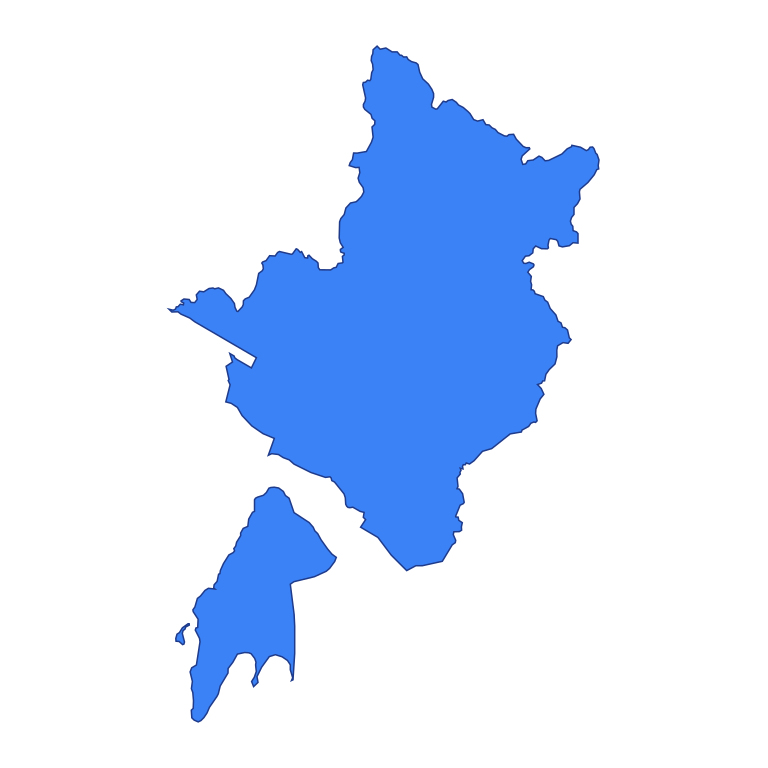 the district of Erakor, Shefa, Vanuatu
{"feature_id": "77236927B27814537301823", "entity_name": "Erakor", "entity_type": "district", "adm_level": 2, "iso_a3": "VUT", "parent_name": "Vanuatu", "parent_adm1": "Shefa", "projection": "robinson", "projection_center": [168.36, -17.71], "detail": "fine", "context": "isolated", "style": "filled", "palette": "blue", "viewbox_px": 768, "rotation_deg": 0, "n_neighbors": 0, "source": "geoboundaries", "source_scale": "gbopen_adm2", "svg_char_len": 6088}
<svg xmlns="http://www.w3.org/2000/svg" viewBox="0 0 768 768"><path d="M169.0,309.2L171.8,312.0L178.0,311.8L180.9,314.1L189.7,318.0L194.8,321.8L256.4,357.7L251.4,367.9L236.9,359.5L234.7,357.7L234.1,356.0L229.8,353.5L232.5,362.0L226.1,366.3L229.0,379.5L228.2,380.5L230.1,384.8L225.8,401.9L231.1,403.3L237.4,407.4L242.1,415.6L251.9,426.0L263.1,433.7L274.3,438.4L268.3,455.3L271.7,453.7L278.4,454.5L283.2,457.6L289.3,459.9L294.0,464.1L310.9,472.5L325.5,477.4L329.9,476.8L331.1,477.9L331.8,480.6L334.5,482.0L344.0,493.8L345.3,497.7L345.7,504.2L346.7,506.2L348.0,507.4L349.9,507.7L352.8,507.2L360.2,511.4L364.1,512.4L363.3,517.3L365.6,519.6L360.6,527.2L377.9,537.4L391.3,555.2L406.7,570.6L415.9,565.7L422.4,565.7L442.3,561.3L452.2,544.9L455.3,542.6L455.7,540.3L453.3,534.7L453.8,531.8L459.4,531.6L461.6,530.2L461.4,526.8L462.3,522.7L458.8,520.3L458.1,517.1L455.9,517.0L455.6,516.3L460.1,505.2L463.4,503.6L464.2,502.3L462.6,493.7L459.3,489.1L457.0,488.7L458.0,486.5L457.1,477.9L460.3,474.0L459.9,472.4L461.0,470.4L460.2,468.2L463.0,468.9L462.5,466.3L463.3,464.7L465.3,464.7L466.2,463.0L469.5,464.0L474.1,460.7L482.5,451.3L491.7,448.6L510.2,433.9L521.4,432.0L522.0,430.1L528.7,426.4L530.8,423.3L533.8,422.0L535.6,422.4L537.1,420.8L535.6,413.4L535.9,409.1L540.2,398.9L543.9,394.3L541.2,388.5L537.5,384.5L541.5,383.2L542.7,381.0L544.6,380.8L545.9,374.3L549.3,369.5L555.0,364.0L556.9,356.8L556.8,350.2L557.6,345.8L563.0,342.6L568.1,343.3L571.1,339.6L569.3,337.8L567.5,330.0L564.9,327.7L562.5,327.3L561.0,322.9L558.0,321.2L555.9,314.9L550.2,308.5L547.7,302.2L544.9,300.1L543.3,296.6L535.1,293.7L534.3,291.2L532.9,289.9L531.1,289.7L531.6,284.8L530.6,281.4L531.3,276.4L527.8,272.2L529.5,269.6L533.4,266.8L534.0,265.0L533.4,263.9L529.2,262.2L525.9,263.5L523.7,263.2L522.2,260.7L525.4,256.2L529.1,255.7L532.8,252.8L533.2,248.8L535.7,246.0L541.5,248.7L547.4,248.8L548.4,247.9L548.0,245.2L549.0,240.1L550.3,238.5L556.3,239.7L557.7,241.3L559.0,245.9L562.4,246.9L569.4,245.7L573.0,242.7L578.0,243.1L578.0,233.6L576.5,231.9L573.1,230.6L572.8,226.3L571.2,224.2L570.4,221.1L571.6,217.4L574.0,214.4L574.0,207.4L577.5,203.7L580.0,199.0L579.4,191.8L580.0,189.3L587.9,182.5L594.2,174.8L596.8,169.6L598.7,168.9L598.2,165.6L599.0,160.0L597.1,154.4L595.8,153.3L594.0,148.6L592.6,147.0L590.1,147.2L588.4,149.6L586.3,150.6L580.5,147.2L571.9,145.3L571.5,146.7L567.2,148.8L561.9,154.0L548.7,160.4L545.1,160.8L541.9,157.4L539.0,156.1L533.2,160.0L527.8,160.7L525.7,163.9L522.8,164.4L521.1,159.3L522.2,155.9L529.8,148.9L529.3,147.7L526.0,147.7L523.1,146.4L516.3,139.2L513.6,134.3L509.0,134.6L507.0,136.2L504.4,135.9L498.0,132.6L495.3,129.4L492.0,127.8L489.2,125.0L485.8,124.6L483.0,119.7L477.6,121.1L473.7,119.6L470.0,113.6L467.8,111.4L463.3,107.5L458.5,105.0L456.3,102.3L452.2,99.5L448.1,100.5L446.1,102.0L443.3,101.2L437.3,108.8L435.8,109.2L431.9,107.1L431.5,104.4L433.6,97.3L433.6,93.6L431.9,89.4L428.4,84.1L422.7,78.8L419.7,72.2L418.0,64.5L416.1,62.9L411.5,61.6L408.2,59.5L406.7,56.9L403.5,57.0L401.6,55.3L400.0,55.2L397.2,51.9L392.1,51.9L385.9,48.0L380.2,49.2L377.1,46.1L373.1,49.7L372.8,53.8L371.6,56.4L371.2,60.6L372.6,64.1L373.1,69.7L371.7,72.6L370.8,79.3L369.8,80.7L367.6,80.2L365.5,82.2L363.3,82.5L362.7,84.8L365.6,98.0L365.1,101.2L363.4,104.4L363.4,107.0L364.8,109.4L371.0,114.4L372.1,118.3L374.9,120.8L374.7,124.4L372.0,127.0L373.1,137.2L371.4,142.3L366.4,151.5L357.2,153.1L353.6,153.0L352.4,159.7L350.2,162.6L349.2,165.6L355.6,167.6L359.1,167.4L359.8,172.7L358.1,178.2L359.3,182.3L363.1,187.6L363.8,192.0L361.6,196.3L357.5,200.6L356.0,201.8L350.5,203.0L345.9,208.0L344.2,214.5L340.8,218.6L339.6,221.8L339.2,238.0L340.3,242.7L343.2,247.4L340.4,249.4L340.4,250.9L340.9,252.1L344.2,253.3L344.2,254.9L342.4,256.4L343.0,262.2L342.3,262.9L338.1,263.5L336.2,267.3L333.7,267.9L330.7,269.9L319.8,269.8L318.3,267.6L318.0,263.0L316.4,261.3L312.3,258.7L309.0,255.2L307.9,255.7L307.6,258.0L304.8,257.7L301.6,251.6L300.3,252.4L297.6,249.4L296.2,248.8L292.5,253.9L291.3,254.3L279.4,251.5L277.6,252.5L275.1,256.0L269.6,255.7L266.1,260.6L262.6,262.0L261.8,263.1L262.9,265.0L263.3,268.8L262.3,270.7L258.7,273.4L256.4,284.8L254.4,289.9L249.2,297.2L245.2,298.9L243.4,300.8L243.3,304.5L242.3,306.8L237.9,311.5L236.8,311.2L235.0,307.4L234.4,303.5L230.9,298.5L225.8,293.6L223.5,290.3L218.5,287.9L214.7,288.8L213.0,288.0L209.0,288.5L203.8,291.8L199.5,291.2L196.3,294.9L197.2,299.4L194.7,302.6L191.0,302.4L189.2,299.5L183.9,299.0L181.0,300.9L181.2,301.7L183.7,303.0L183.4,304.8L180.3,304.2L178.0,306.7L176.3,306.9L175.5,309.1L173.2,310.2L169.0,309.2ZM293.0,679.8L294.7,653.4L294.7,626.2L294.1,614.3L290.3,584.2L293.9,581.7L314.4,576.7L326.2,571.3L329.6,568.4L334.7,561.5L336.3,557.4L331.9,554.1L327.7,549.1L321.0,539.7L317.7,533.6L314.8,530.8L313.2,527.2L309.2,522.6L294.0,512.6L289.1,498.2L285.4,495.5L283.4,491.5L278.7,488.0L274.3,487.2L270.8,487.5L268.9,488.2L266.4,492.5L263.4,495.3L257.6,497.1L255.5,498.2L254.5,499.8L254.5,511.4L252.5,512.3L248.7,519.1L247.8,526.4L243.2,528.4L240.6,533.1L240.7,535.6L236.6,542.2L235.7,546.1L233.8,548.6L234.6,550.9L233.2,552.6L228.9,554.9L223.5,563.5L220.4,570.4L219.9,573.6L218.6,574.2L217.1,581.4L214.1,584.8L213.7,588.0L214.9,589.0L208.4,588.3L205.0,590.4L200.4,596.1L197.4,598.4L194.9,607.0L192.9,609.8L193.2,611.7L198.1,619.2L197.7,627.5L195.9,628.0L195.3,630.1L199.5,638.4L200.0,641.8L196.4,665.0L191.7,667.8L190.1,671.9L192.4,681.4L191.4,688.7L192.8,692.5L193.5,700.8L193.2,708.4L191.3,710.2L191.8,717.8L194.1,720.1L198.2,721.9L200.9,720.6L203.9,717.6L207.0,713.0L209.5,707.2L216.9,696.5L218.3,693.8L220.2,686.0L228.0,673.0L228.1,668.5L232.9,662.2L237.4,654.1L244.7,652.5L248.8,652.8L251.1,653.7L254.7,658.4L256.0,662.2L255.6,664.9L256.3,671.5L254.3,677.3L251.6,681.5L253.6,686.6L258.0,682.4L257.0,676.6L261.7,667.1L269.3,656.6L275.4,654.7L282.1,656.8L287.5,660.5L290.3,664.8L290.3,669.8L292.7,677.8L291.5,680.5L293.0,679.8ZM177.0,634.2L175.8,638.4L176.0,641.2L179.1,641.5L182.6,644.6L183.9,644.1L184.5,642.0L182.3,633.4L183.1,630.6L185.0,629.1L185.7,627.0L189.3,625.1L189.2,623.8L188.1,623.7L182.4,627.8L179.4,632.6L177.0,634.2Z" fill="#3b82f6" stroke="#1e3a8a" stroke-width="1.5"/></svg>